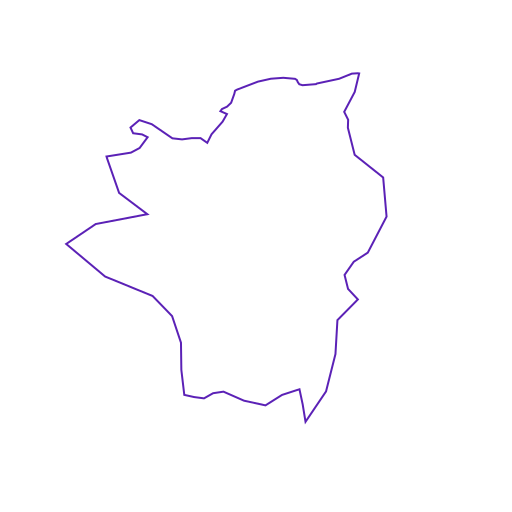 outline of El Seybo, rotated 336°
{"feature_id": "DOM-1986", "entity_name": "El Seybo", "entity_type": "Province", "adm_level": 1, "iso_a3": "DOM", "parent_name": "Dominican Republic", "parent_adm1": "", "projection": "mercator", "projection_center": [-69.039, 18.789], "detail": "fine", "context": "isolated", "style": "outline", "palette": "violet", "viewbox_px": 512, "rotation_deg": 336, "n_neighbors": 0, "source": "natural_earth", "source_scale": "10m", "svg_char_len": 1068}
<svg xmlns="http://www.w3.org/2000/svg" viewBox="0 0 512 512"><g transform="rotate(336 256 256)"><path d="M159.9,104.3L183.8,110.7L193.6,110.0L205.3,103.4L201.4,98.6L193.7,93.9L193.6,87.6L204.7,84.4L214.4,93.2L227.5,114.5L235.9,119.4L245.3,122.2L253.3,125.8L257.5,132.8L264.9,126.7L280.1,119.7L287.2,114.5L282.4,109.2L284.7,107.9L290.3,107.8L295.6,105.9L302.1,99.1L304.1,96.5L306.5,96.3L328.7,97.5L341.7,100.1L353.4,104.3L363.7,110.0L364.9,111.8L364.9,114.2L365.4,116.7L368.0,118.9L380.7,123.4L381.8,123.2L404.0,127.9L417.8,128.4L423.4,130.5L424.5,131.2L412.9,146.3L395.2,160.2L395.6,169.0L392.1,176.2L387.3,203.7L404.1,236.0L391.3,273.1L359.5,298.4L343.0,301.0L329.2,309.3L326.7,323.5L331.4,337.1L304.3,347.7L288.7,377.9L264.9,408.2L233.8,427.6L238.3,410.5L241.5,395.4L223.3,393.5L203.9,396.3L186.2,383.3L171.1,366.7L161.0,363.9L150.6,364.9L142.1,359.7L134.0,353.7L141.5,329.6L152.2,304.7L154.9,276.8L145.3,250.5L109.8,213.4L87.5,167.8L122.6,161.6L173.7,173.6L156.6,142.7L159.6,106.8L159.6,106.6L159.9,104.3Z" fill="none" stroke="#5b21b6" stroke-width="2"/></g></svg>